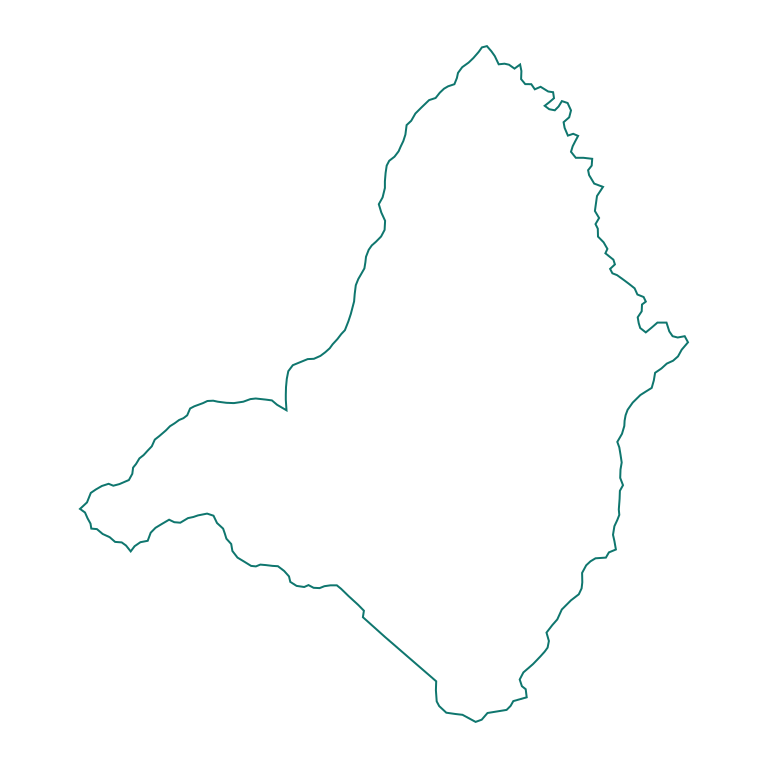 Tanabi, São Paulo, Brazil
{"feature_id": "56859067B98162890233703", "entity_name": "Tanabi", "entity_type": "district", "adm_level": 2, "iso_a3": "BRA", "parent_name": "Brazil", "parent_adm1": "São Paulo", "projection": "mercator", "projection_center": [-49.657, -20.518], "detail": "fine", "context": "isolated", "style": "outline", "palette": "teal", "viewbox_px": 768, "rotation_deg": 0, "n_neighbors": 0, "source": "geoboundaries", "source_scale": "gbopen_adm2", "svg_char_len": 3725}
<svg xmlns="http://www.w3.org/2000/svg" viewBox="0 0 768 768"><path d="M605.9,557.6L608.9,552.4L615.9,549.5L614.4,541.0L613.0,534.8L614.4,526.2L617.3,520.0L619.3,514.9L618.8,509.5L619.6,498.9L619.9,490.8L623.0,485.2L620.2,477.9L620.5,469.5L621.7,462.5L620.5,454.6L619.3,447.4L617.3,441.9L622.0,433.8L624.3,426.0L624.6,420.7L625.6,415.2L627.6,409.8L632.7,402.6L640.4,395.0L645.6,391.7L651.7,387.9L653.8,380.5L655.1,372.8L661.4,368.5L666.8,363.6L673.1,360.7L678.0,356.4L681.7,349.7L688.0,342.3L684.7,336.2L677.7,337.5L672.6,336.2L669.3,331.4L666.5,322.6L657.4,322.6L651.4,327.8L645.8,332.4L640.2,328.0L638.7,323.1L637.7,317.3L641.7,311.3L642.0,304.5L645.8,301.6L643.6,297.0L637.4,294.5L634.6,288.3L628.9,283.8L623.0,279.4L617.0,275.1L612.4,273.3L610.1,268.9L614.9,264.4L613.4,259.7L605.4,253.3L607.4,248.9L603.6,242.3L598.0,236.6L597.8,228.7L595.5,224.1L599.1,218.0L594.9,211.0L596.0,203.1L597.0,196.0L603.0,186.9L594.2,183.6L589.1,175.1L588.1,170.2L591.7,165.6L592.2,158.8L583.4,157.8L575.8,157.8L571.0,151.8L572.7,146.2L575.3,141.1L578.1,135.9L573.2,133.8L567.9,135.6L564.6,127.8L563.6,122.2L569.2,117.3L571.0,110.4L567.6,103.0L561.9,101.1L558.6,106.5L554.8,110.3L549.2,109.2L544.7,105.8L549.2,102.3L554.0,98.2L553.1,92.2L548.2,91.5L540.6,86.8L534.8,89.3L531.3,84.2L525.2,84.1L521.1,79.1L521.4,71.0L520.1,64.5L514.5,68.6L509.0,64.7L504.5,63.7L498.7,64.3L494.8,56.1L491.4,51.3L486.9,46.1L481.9,47.4L478.7,51.9L473.4,58.0L468.6,62.6L462.2,67.2L458.0,72.9L456.9,78.0L454.4,84.2L448.1,86.3L444.0,88.7L439.8,92.7L435.6,98.0L429.1,100.1L421.3,107.6L415.4,113.5L411.2,120.8L406.6,125.1L405.4,134.6L403.3,141.1L400.7,146.5L398.6,151.3L394.5,156.7L389.2,160.8L386.7,165.6L385.6,172.9L384.9,181.3L384.9,188.0L382.6,197.4L378.8,204.2L381.3,212.5L385.1,220.8L384.6,229.9L381.1,236.5L376.0,241.7L371.8,245.4L368.7,249.8L366.0,256.8L365.4,262.2L364.4,268.4L360.8,274.7L358.3,279.0L355.8,285.2L354.7,294.0L354.1,301.4L350.8,314.0L348.4,321.3L344.9,330.2L341.3,334.0L337.4,339.1L332.6,344.3L329.7,348.3L325.2,352.3L320.4,355.9L313.9,358.8L307.7,359.1L292.8,365.2L288.3,371.2L286.8,378.8L286.0,387.2L285.8,394.8L285.8,399.8L286.5,410.3L277.1,404.8L271.9,400.4L265.8,399.6L255.7,398.5L250.4,399.1L243.3,401.7L233.9,403.1L226.4,402.8L217.8,401.7L213.2,400.7L207.4,401.0L203.0,403.1L194.3,406.3L190.1,408.5L187.2,415.3L183.4,418.2L179.1,420.0L174.6,423.3L170.0,426.2L166.0,430.3L159.4,436.0L154.8,439.6L151.8,446.3L147.7,450.6L143.7,455.0L139.4,458.4L136.1,463.9L133.1,467.6L132.3,473.8L128.9,480.0L119.4,484.1L113.3,485.7L108.6,483.8L101.8,486.0L95.8,489.5L90.8,492.9L87.0,502.4L80.0,508.9L85.0,512.5L87.6,518.4L90.5,523.6L91.3,528.6L96.9,529.1L102.7,534.0L109.7,537.2L115.1,541.9L121.7,542.4L126.0,545.5L130.7,551.4L134.6,546.2L140.4,542.2L147.7,540.8L150.7,532.7L155.5,527.8L161.6,524.1L169.1,519.7L174.3,522.2L180.3,522.7L188.0,518.1L193.3,517.0L198.0,515.4L207.1,513.6L213.5,515.7L217.0,523.0L223.1,528.6L224.8,533.5L226.4,538.7L231.2,544.0L232.4,551.0L237.5,557.6L244.3,561.7L251.1,565.9L255.9,566.4L260.3,564.6L266.0,565.1L272.7,565.9L277.9,566.2L284.2,571.0L289.0,576.4L290.3,581.9L296.6,585.9L304.2,587.0L308.5,585.1L313.6,587.8L319.6,588.1L324.4,586.2L330.7,585.3L336.8,585.3L341.1,588.8L348.7,596.2L358.1,604.8L363.9,610.7L362.9,617.2L384.9,636.9L436.2,681.3L435.9,690.2L436.7,701.4L439.2,706.1L446.3,712.7L455.4,714.0L462.5,714.8L475.6,721.9L481.7,719.7L487.5,713.0L506.6,709.9L510.6,705.9L513.3,701.1L526.7,697.3L525.7,689.2L521.9,686.2L519.7,679.5L523.4,672.4L533.1,664.0L540.3,656.5L544.7,651.6L547.6,647.6L548.9,641.0L546.5,632.6L552.3,625.1L557.3,619.4L561.8,609.5L571.0,600.3L578.8,594.3L581.6,588.4L582.3,582.4L582.1,572.9L586.2,565.3L590.5,561.3L595.5,558.3L605.9,557.6Z" fill="none" stroke="#0f766e" stroke-width="2"/></svg>